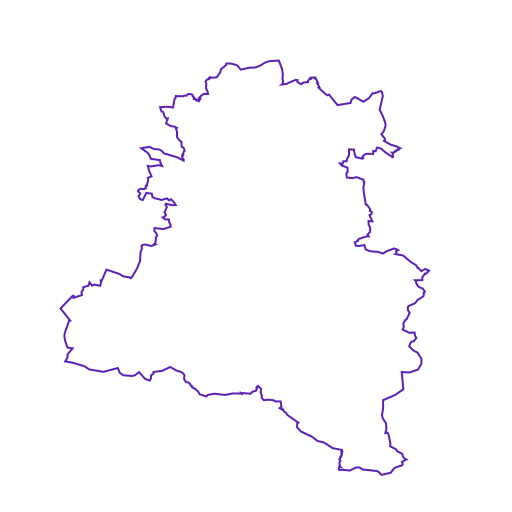 Mallow Lea-5, Cork, Ireland, rotated 10°
{"feature_id": "5873133B25639176820798", "entity_name": "Mallow Lea-5", "entity_type": "district", "adm_level": 2, "iso_a3": "IRL", "parent_name": "Ireland", "parent_adm1": "Cork", "projection": "equal_earth", "projection_center": [-8.702, 52.146], "detail": "fine", "context": "isolated", "style": "outline", "palette": "violet", "viewbox_px": 512, "rotation_deg": 10, "n_neighbors": 0, "source": "geoboundaries", "source_scale": "gbopen_adm2", "svg_char_len": 6029}
<svg xmlns="http://www.w3.org/2000/svg" viewBox="0 0 512 512"><g transform="rotate(10 256 256)"><path d="M86.4,393.0L93.6,392.9L106.3,394.4L111.5,396.7L125.8,396.6L139.4,390.3L142.1,394.7L146.2,396.5L154.7,395.7L157.2,394.7L161.0,390.7L168.2,396.3L173.1,397.1L173.8,394.5L173.4,391.7L175.4,389.9L175.2,388.0L183.3,385.5L190.8,380.2L198.1,382.8L202.1,383.1L204.4,384.1L206.2,385.7L206.6,389.8L209.1,392.4L210.9,392.2L213.4,393.4L213.9,394.6L215.8,395.3L215.7,396.2L217.9,397.3L218.5,396.9L222.9,399.9L224.4,401.9L231.5,403.0L232.6,401.2L238.8,398.9L249.6,398.2L257.3,395.3L264.5,394.2L264.5,393.4L266.3,394.3L266.6,393.3L274.5,392.6L276.0,390.4L279.1,388.9L279.9,387.2L279.4,386.1L279.9,385.3L279.4,385.0L280.5,383.6L284.1,386.0L284.4,390.0L285.9,392.1L286.2,394.7L288.7,396.6L293.5,395.3L298.4,395.0L300.3,395.9L305.5,394.9L307.2,399.9L305.7,401.7L308.8,402.9L309.0,402.3L310.9,404.5L313.0,405.3L314.1,406.9L326.6,412.8L325.7,413.7L326.0,417.4L330.9,421.1L342.1,424.1L348.9,427.5L355.1,427.8L364.9,431.9L374.4,432.1L374.9,433.3L374.2,433.8L375.0,434.8L374.3,435.3L375.1,436.9L374.4,437.8L374.8,439.0L373.9,439.4L374.1,440.4L373.3,441.7L374.6,442.7L374.1,445.8L375.1,447.8L374.7,448.6L375.6,449.1L374.7,449.1L374.4,451.3L375.2,452.4L377.5,451.6L385.6,451.0L391.5,446.8L394.4,446.3L398.3,447.7L411.8,446.8L413.9,447.1L417.6,449.8L426.4,446.0L428.5,441.7L430.3,439.9L436.1,436.9L436.7,435.5L435.5,433.5L439.4,430.3L437.6,429.9L435.7,428.1L434.4,425.5L428.5,423.5L428.0,422.4L426.1,421.6L421.1,420.1L421.1,417.9L417.6,409.0L416.3,407.1L414.1,407.9L414.5,403.7L413.1,398.1L409.1,394.1L407.7,390.7L407.6,383.6L406.2,375.9L416.9,368.9L424.2,361.7L419.7,344.9L427.3,344.1L435.3,339.7L437.6,333.3L436.9,328.7L431.9,323.1L427.4,321.7L422.6,318.4L423.1,315.1L424.2,313.2L426.2,312.6L428.1,308.9L426.2,306.4L425.4,303.8L420.3,305.0L413.2,303.0L413.8,299.8L412.7,296.8L414.2,293.0L415.2,292.5L417.2,285.2L415.1,283.1L414.4,279.9L415.1,278.7L420.7,275.0L422.8,271.2L427.8,266.7L428.0,264.4L427.5,263.4L428.5,261.8L425.9,259.2L422.1,258.3L420.2,257.1L418.2,254.4L418.1,253.2L416.8,252.3L424.0,250.9L423.5,248.3L423.9,247.2L425.4,244.1L426.2,244.2L429.0,240.5L425.0,239.3L421.4,242.2L417.9,239.4L417.3,239.7L415.1,237.2L409.6,235.1L400.9,230.0L393.1,229.9L394.0,229.1L393.1,226.9L395.0,225.5L393.6,225.0L390.7,224.6L384.1,228.4L380.6,231.5L375.5,230.8L367.0,231.5L362.8,230.4L360.8,226.4L356.1,228.2L352.5,228.6L350.9,225.3L353.9,223.2L353.6,222.5L354.4,221.3L361.3,217.6L363.6,217.1L362.1,215.5L364.1,212.5L364.0,210.6L363.2,207.9L361.6,205.9L360.7,202.0L364.6,201.7L360.7,196.1L362.2,195.0L362.6,192.7L360.4,191.8L360.3,190.1L356.4,186.3L355.3,186.4L355.0,185.8L351.1,174.7L349.8,169.5L349.9,164.2L349.0,164.1L348.6,162.2L341.3,160.9L337.3,162.6L331.8,163.0L330.6,158.8L331.7,157.3L330.7,153.1L324.7,152.0L322.6,150.2L325.3,150.0L325.6,147.5L328.8,147.0L328.9,144.3L330.1,140.5L329.1,134.8L334.0,134.2L335.6,138.8L337.2,141.3L343.9,141.7L344.6,141.0L343.6,139.9L345.3,137.2L347.4,136.1L353.7,135.1L353.2,132.2L355.6,132.1L356.5,128.1L360.8,128.6L365.4,131.5L373.4,135.0L373.8,134.4L373.0,132.9L373.1,131.3L372.3,130.7L373.4,130.7L373.5,129.9L375.6,128.7L375.1,128.1L377.4,126.7L376.8,126.3L378.0,126.6L378.3,126.0L377.8,125.6L379.2,124.9L375.7,123.7L369.1,122.9L362.0,120.4L362.8,119.2L362.6,118.0L358.4,114.5L360.2,110.8L361.0,105.3L360.1,102.3L356.9,96.7L352.4,90.5L353.1,76.5L351.7,72.8L350.3,71.8L344.1,75.4L342.6,75.4L339.9,80.8L335.0,85.4L325.8,82.2L323.0,85.3L322.5,88.9L310.1,93.2L299.9,84.4L298.6,85.3L296.4,84.5L288.4,79.4L289.2,78.8L286.2,75.1L287.0,74.8L284.4,71.2L283.0,70.9L283.2,69.9L278.7,71.0L278.4,71.5L279.1,72.1L277.7,72.8L276.8,74.7L277.0,75.7L272.5,77.0L270.5,79.0L266.4,77.3L266.4,75.6L264.2,75.8L255.7,81.4L251.6,82.6L252.3,81.8L252.2,78.7L251.4,77.2L250.8,72.0L249.0,67.1L244.6,59.6L235.8,61.6L231.5,63.8L226.9,67.9L222.3,70.6L216.7,71.7L208.8,75.1L204.2,71.5L198.7,70.8L193.9,71.4L193.3,71.9L193.5,73.0L189.2,78.0L188.7,82.0L186.2,86.9L181.1,88.2L179.7,87.8L179.0,88.7L179.6,88.9L179.1,89.9L177.1,90.8L176.0,92.9L177.2,95.1L177.6,99.5L179.5,102.0L180.7,104.8L176.5,105.4L174.4,107.4L172.8,109.7L173.3,109.6L174.0,110.7L173.1,111.4L173.5,111.6L172.9,113.4L171.6,112.8L170.5,113.4L169.9,112.3L168.1,112.2L168.4,111.8L167.4,111.6L167.5,110.6L166.1,110.0L165.4,108.2L163.1,107.9L160.8,108.5L159.6,110.2L157.4,110.5L156.5,111.4L149.2,112.4L149.4,114.1L148.5,115.7L148.5,124.2L143.2,124.3L135.7,126.1L137.8,130.0L139.6,130.3L141.6,134.3L143.9,136.3L145.3,135.8L144.4,141.1L149.1,142.8L153.6,142.8L155.8,143.6L155.0,144.3L156.6,147.2L157.5,152.5L161.1,155.9L162.7,156.4L163.8,161.3L165.8,161.9L167.5,164.7L166.5,166.3L166.8,168.9L166.0,169.0L166.4,170.1L165.8,170.6L167.1,173.0L168.0,173.5L168.2,174.7L161.4,172.5L147.3,170.9L145.2,168.9L141.9,167.9L137.0,168.4L132.1,167.0L124.3,169.8L131.5,173.3L133.5,175.2L135.6,178.5L144.7,178.3L145.7,180.8L147.9,183.6L144.7,183.4L136.7,186.1L133.8,186.0L136.3,191.3L139.3,195.7L136.0,197.8L136.7,200.5L136.2,204.4L136.6,205.5L135.4,205.9L135.2,207.5L135.8,208.2L134.2,209.6L130.3,209.9L128.9,211.4L128.5,212.7L131.2,214.6L130.0,217.6L131.4,219.5L133.3,220.4L134.8,220.5L137.0,212.9L142.6,212.7L143.7,215.9L146.4,216.7L153.5,217.2L158.2,214.7L160.7,216.4L162.4,214.8L165.5,217.0L168.1,219.7L164.3,220.6L158.2,220.1L157.8,220.9L159.7,223.3L158.3,228.8L160.2,231.3L158.7,233.6L157.4,234.2L160.1,235.7L163.9,235.2L164.6,237.8L166.6,240.4L166.8,242.1L160.0,245.6L151.2,246.1L151.5,249.0L154.0,251.0L155.1,253.2L154.3,254.7L154.7,260.1L153.6,261.9L154.9,262.1L151.4,264.3L144.9,263.9L141.9,265.2L141.5,266.4L142.2,267.6L142.3,269.1L141.6,272.5L142.7,280.9L140.9,289.3L137.4,298.6L136.3,299.6L135.6,299.0L128.6,299.1L124.6,297.4L111.1,295.4L108.3,307.2L107.4,307.1L107.9,308.7L107.8,312.4L101.9,312.2L99.7,313.6L96.6,310.9L96.2,314.3L91.3,316.7L91.7,319.0L90.4,321.7L91.3,324.7L83.6,328.9L83.3,326.9L82.5,326.9L72.6,341.6L84.3,351.9L83.2,352.3L81.0,365.1L81.2,368.3L83.0,373.1L86.2,378.9L91.4,378.8L87.5,385.6L87.9,388.6L86.4,393.0Z" fill="none" stroke="#5b21b6" stroke-width="2"/></g></svg>